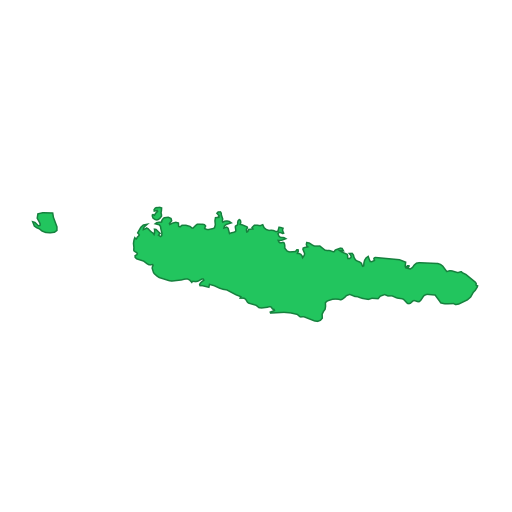 an SVG outline of Sud, rotated 159°
{"feature_id": "NCL-1259", "entity_name": "Sud", "entity_type": "Province", "adm_level": 1, "iso_a3": "NCL", "parent_name": "New Caledonia", "parent_adm1": "", "projection": "orthographic", "projection_center": [166.304, -21.993], "detail": "fine", "context": "isolated", "style": "filled", "palette": "green", "viewbox_px": 512, "rotation_deg": 159, "n_neighbors": 0, "source": "natural_earth", "source_scale": "10m", "svg_char_len": 5604}
<svg xmlns="http://www.w3.org/2000/svg" viewBox="0 0 512 512"><g transform="rotate(159 256 256)"><path d="M216.4,174.2L218.9,172.9L221.9,172.9L224.6,174.4L232.9,182.0L233.9,182.5L236.1,183.1L236.8,183.7L238.4,186.7L244.1,190.5L250.1,193.4L262.8,197.5L262.8,198.5L258.3,198.5L258.3,199.7L259.5,200.5L259.8,201.5L260.0,202.5L260.6,203.4L261.7,203.9L263.9,204.1L269.4,205.5L271.7,206.7L273.6,210.0L279.8,214.7L280.5,215.9L281.1,219.0L282.0,220.6L283.0,221.2L285.9,222.4L284.7,223.5L288.4,226.8L295.5,234.9L298.5,236.6L301.4,238.9L305.7,243.3L309.6,246.2L311.2,243.7L316.8,247.6L318.9,248.4L318.8,249.7L317.6,250.6L316.3,251.2L314.9,251.7L313.4,252.0L313.4,253.3L314.7,253.9L319.4,253.3L321.5,253.7L323.2,254.6L324.5,255.1L325.4,254.4L326.6,257.5L328.3,259.2L330.9,260.0L334.3,260.4L343.6,262.8L345.9,264.1L354.1,270.6L355.6,272.7L357.3,276.0L357.6,277.4L357.3,281.9L356.7,282.9L355.5,284.1L355.5,285.1L357.8,285.6L359.2,286.3L360.6,288.0L362.7,291.5L368.4,296.1L369.3,298.0L368.8,299.6L367.9,299.8L366.7,299.9L365.9,301.0L366.3,302.1L367.3,303.3L368.1,304.7L367.6,306.3L367.0,307.4L365.9,311.6L364.6,313.9L363.8,315.1L362.6,316.5L362.3,315.6L361.8,314.8L360.9,315.3L360.1,316.1L358.2,316.9L357.4,317.5L357.6,318.4L358.2,320.0L353.2,324.1L350.1,325.3L346.2,324.6L349.5,323.4L350.8,322.6L351.7,321.0L349.2,321.1L348.1,321.4L346.9,320.0L346.0,317.7L344.7,315.2L344.0,314.5L343.5,312.5L342.5,313.8L341.5,316.1L341.2,317.4L339.9,316.7L339.1,315.1L338.3,313.2L337.4,311.5L338.1,311.3L339.6,310.4L338.1,308.3L336.7,308.8L335.6,311.1L335.0,316.1L334.7,317.0L334.6,318.0L335.2,319.9L335.6,320.1L338.5,322.2L336.8,322.7L334.6,322.3L332.7,321.7L331.9,321.6L331.5,322.5L330.4,323.5L329.2,324.2L328.0,324.6L324.0,323.6L321.9,321.5L322.1,319.1L325.2,317.4L325.2,316.3L322.3,316.6L318.8,316.2L316.6,314.6L317.6,311.4L316.5,310.4L314.1,311.2L310.4,309.8L307.1,307.3L305.6,304.9L304.9,304.6L301.2,306.2L299.5,306.7L298.3,306.3L294.2,304.6L292.9,303.7L292.3,302.0L293.4,301.0L294.1,300.0L292.3,298.3L290.9,297.7L286.2,297.0L284.6,297.2L282.8,299.7L281.7,303.6L280.1,306.3L276.9,305.4L276.9,306.1L276.8,306.5L276.5,306.6L275.9,306.6L277.2,309.9L275.5,310.7L273.4,309.9L273.1,308.4L273.6,306.9L273.8,302.5L274.9,300.7L274.9,299.5L272.6,299.7L270.5,299.1L268.6,297.9L267.2,295.8L272.4,296.1L274.6,295.4L275.9,293.6L273.0,293.5L272.1,291.9L272.7,286.4L271.1,286.5L267.6,286.0L266.1,286.4L265.6,287.4L264.9,290.6L264.4,291.3L262.4,291.6L261.6,292.4L261.2,293.7L260.1,295.3L258.6,296.0L257.8,294.9L258.1,293.0L259.5,291.2L257.9,290.2L253.9,286.4L253.9,285.3L255.0,284.7L255.5,284.1L255.8,283.1L256.0,281.7L255.0,281.7L253.4,283.4L249.2,282.4L249.5,284.0L246.5,285.3L243.8,284.3L241.3,282.8L238.5,282.8L238.3,279.5L236.9,277.0L234.7,275.2L232.5,274.6L230.5,273.5L228.6,271.6L226.7,271.2L224.2,274.6L222.5,273.6L220.8,272.2L221.6,271.3L222.0,270.4L222.1,269.2L222.0,267.4L223.0,267.4L224.4,268.9L226.2,269.7L227.5,269.0L227.5,266.3L226.5,264.6L223.4,263.2L222.0,261.5L226.4,261.5L228.2,261.9L229.7,262.6L229.6,260.8L228.9,259.7L227.6,259.2L225.9,259.1L225.0,258.0L225.3,255.8L226.0,253.7L226.4,253.2L225.1,249.3L223.1,247.7L217.5,246.0L215.6,247.2L214.5,246.7L214.8,245.3L216.5,243.6L214.8,242.8L213.6,241.5L213.0,239.8L213.1,237.7L210.6,239.4L209.7,241.0L209.8,245.4L209.1,246.5L207.4,246.5L205.5,246.1L204.4,246.0L205.0,246.9L204.8,248.9L203.8,250.4L201.6,249.0L199.3,245.8L197.8,244.3L192.8,242.4L189.5,236.7L187.2,235.4L186.1,235.1L184.9,234.4L182.8,232.6L181.8,232.0L181.0,232.3L180.2,233.0L179.1,233.2L174.4,233.1L172.9,232.2L172.5,229.5L175.9,231.0L174.8,229.3L170.3,224.9L170.3,223.6L170.9,222.0L171.1,220.7L169.7,220.1L168.0,220.5L167.3,221.5L167.4,223.1L168.0,224.9L165.3,224.0L164.7,222.0L165.0,219.5L164.5,216.6L163.2,214.9L161.5,213.4L160.2,211.5L160.2,208.2L159.0,208.2L157.7,210.9L156.1,213.1L154.0,214.7L151.4,215.4L151.5,211.9L151.3,209.9L150.1,209.2L147.0,209.4L146.9,209.8L147.0,210.6L146.8,211.5L145.8,211.9L145.0,211.8L123.4,201.1L118.5,196.6L120.4,193.0L120.4,191.7L118.1,192.6L116.7,192.1L117.0,191.2L119.3,190.5L116.7,188.6L114.0,189.2L111.4,190.9L108.7,191.8L105.9,191.2L88.9,183.8L86.7,181.9L85.3,179.6L83.8,174.2L83.4,173.1L80.3,172.8L78.3,171.8L73.8,168.3L72.5,168.0L71.1,168.0L69.9,167.7L69.4,166.5L67.2,164.1L66.7,163.6L60.6,152.9L60.3,151.3L60.8,150.5L60.9,149.7L59.8,148.7L60.6,147.7L63.6,145.4L66.2,144.2L70.3,140.8L74.4,139.3L83.9,138.5L87.0,139.1L88.6,140.8L93.9,142.6L97.2,143.9L100.3,146.0L100.7,147.8L102.8,155.4L110.0,158.9L111.3,159.0L113.0,158.9L114.1,158.4L117.9,155.7L119.8,154.9L121.0,155.2L122.1,156.0L123.1,156.9L124.4,157.8L125.6,157.8L128.8,156.6L130.2,156.7L131.3,157.2L131.8,157.9L133.3,161.6L133.8,162.6L134.7,163.6L138.8,165.9L139.9,166.7L143.2,170.0L147.2,171.5L149.7,173.9L154.4,174.0L157.3,172.4L162.9,175.0L166.6,175.2L171.7,178.2L174.1,180.1L175.7,181.6L178.2,182.8L180.7,185.2L182.3,186.6L185.8,186.6L187.9,185.6L190.7,184.8L192.5,184.7L194.7,186.2L197.2,187.3L200.0,188.2L205.4,188.5L207.9,187.6L209.1,184.1L210.6,181.5L212.7,180.2L215.1,178.0L216.4,174.2ZM446.8,356.0L448.5,359.0L450.6,361.0L452.2,363.4L452.2,368.0L450.3,366.5L448.4,362.2L446.8,361.9L446.0,363.2L446.1,365.4L446.7,369.7L444.5,373.5L439.5,372.8L430.4,369.0L431.3,364.7L431.4,354.5L432.7,351.2L435.6,350.4L439.8,351.4L444.0,353.4L446.8,356.0ZM331.9,325.8L334.0,325.1L335.7,325.2L337.1,326.2L338.5,328.2L338.5,330.2L338.1,331.4L337.3,331.6L336.2,330.4L335.0,331.4L334.1,332.0L331.9,332.9L331.9,333.9L334.9,334.4L334.6,335.7L332.9,336.8L331.8,336.9L330.7,336.5L328.4,335.9L326.9,334.7L328.0,332.3L329.2,330.3L329.4,328.6L329.9,327.1L331.9,325.8Z" fill="#22c55e" stroke="#15803d" stroke-width="1.5"/></g></svg>